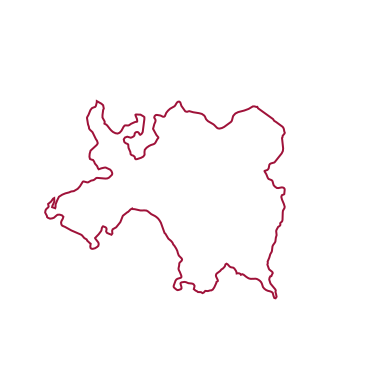 SVG path tracing the border of Southern Nations, Nationalities and Peoples, rotated 217°
{"feature_id": "ETH-3129", "entity_name": "Southern Nations, Nationalities and Peoples", "entity_type": "Administrative State", "adm_level": 1, "iso_a3": "ETH", "parent_name": "Ethiopia", "parent_adm1": "", "projection": "mercator", "projection_center": [36.895, 6.444], "detail": "fine", "context": "isolated", "style": "outline", "palette": "rose", "viewbox_px": 384, "rotation_deg": 217, "n_neighbors": 0, "source": "natural_earth", "source_scale": "10m", "svg_char_len": 6064}
<svg xmlns="http://www.w3.org/2000/svg" viewBox="0 0 384 384"><g transform="rotate(217 192 192)"><path d="M120.8,250.5L119.8,250.1L119.1,249.2L117.1,245.9L117.2,245.3L118.3,243.5L117.7,241.8L115.7,240.2L111.4,237.7L109.1,236.0L108.5,234.9L108.1,231.8L107.3,230.4L103.0,224.3L102.5,223.2L102.4,222.5L102.8,220.5L102.6,219.9L101.7,219.0L101.5,218.4L101.7,217.2L102.2,216.0L101.7,212.6L101.3,211.5L98.5,208.5L97.5,205.9L95.6,202.6L95.4,201.6L95.3,198.4L95.0,197.0L92.9,193.4L92.4,192.3L92.0,189.3L90.8,186.2L89.7,181.9L88.7,180.9L88.1,179.4L84.5,177.0L83.6,176.6L80.2,176.5L79.3,176.3L78.7,175.8L78.3,173.6L78.0,172.8L78.0,172.5L78.7,171.9L78.6,170.9L78.4,170.0L77.6,168.5L74.2,166.1L66.7,164.3L65.8,163.7L65.2,162.4L63.1,160.8L62.2,159.8L61.8,159.7L61.4,159.2L61.3,157.4L62.4,156.9L64.0,157.8L66.8,160.0L68.1,160.1L69.5,159.8L72.1,158.7L74.0,158.3L76.1,158.3L78.1,158.8L81.1,160.9L82.6,161.6L84.2,161.9L86.0,161.9L87.7,161.6L88.9,161.1L92.8,158.0L94.3,157.3L95.9,157.0L97.8,156.9L101.0,157.0L102.4,156.6L103.1,155.3L104.1,155.7L105.4,155.4L106.5,154.7L107.3,153.8L108.2,154.7L109.5,155.5L112.2,156.4L113.5,156.4L115.7,155.3L117.0,155.1L120.1,155.7L121.3,155.5L121.7,154.3L121.1,152.8L121.0,151.7L121.3,149.3L121.9,147.9L122.0,145.8L123.1,142.1L123.2,141.0L122.8,139.9L121.9,139.0L118.3,137.1L117.8,136.4L118.3,134.8L117.8,133.8L116.8,129.1L116.7,126.5L117.4,125.0L118.3,124.3L119.7,122.4L121.9,121.0L122.1,118.8L122.7,117.6L124.6,117.4L127.0,115.7L128.7,115.7L129.8,115.4L132.1,115.5L133.0,117.7L133.5,118.6L134.9,119.2L136.1,119.2L137.2,118.7L140.0,117.0L142.7,116.3L144.0,115.6L146.0,113.5L146.3,112.6L146.0,111.8L143.3,109.8L142.4,108.7L142.4,107.7L143.6,105.9L144.4,105.0L145.5,104.7L148.0,104.8L149.2,105.0L149.9,105.6L150.3,106.4L151.8,111.4L151.8,112.7L151.4,113.9L149.3,116.8L149.3,117.8L150.3,118.8L153.6,120.8L155.3,121.6L156.1,122.1L156.8,122.9L158.0,125.5L159.2,127.4L159.3,128.2L158.9,131.1L159.3,132.1L160.2,132.7L164.3,133.3L166.4,134.6L168.3,136.1L170.6,137.3L173.8,138.5L175.4,138.8L177.1,139.8L179.1,140.3L182.8,140.5L188.2,142.7L189.2,142.7L198.3,148.7L200.6,149.7L203.0,150.4L205.4,150.6L207.3,150.5L211.2,149.8L215.4,150.0L217.1,149.8L218.6,148.9L222.1,146.2L227.4,143.8L229.1,142.7L229.8,142.9L230.6,141.0L230.9,138.6L231.1,137.5L231.4,137.1L232.9,131.5L232.8,130.9L231.6,126.7L231.1,124.7L231.3,118.2L232.9,114.5L232.5,113.0L230.6,110.9L230.6,109.4L233.8,108.5L235.5,108.2L236.9,108.9L237.9,111.0L238.7,111.6L239.8,111.8L242.4,111.1L242.5,109.7L242.2,108.7L241.3,107.0L241.1,106.0L241.1,102.2L241.7,96.9L241.2,96.6L236.4,95.3L235.2,94.3L234.4,92.6L234.7,91.0L235.6,88.7L237.1,86.8L238.2,86.2L239.4,86.3L240.4,87.2L241.8,89.7L243.0,89.7L246.5,90.1L247.5,90.7L250.3,90.4L253.8,91.2L255.2,91.1L265.2,88.7L272.4,87.7L275.3,87.0L276.4,87.3L277.3,87.9L278.3,89.0L278.8,90.5L279.1,92.8L279.8,94.8L281.8,95.1L284.0,94.3L285.6,93.0L286.0,92.1L286.8,88.3L287.8,86.8L289.3,85.3L291.5,84.7L292.7,84.8L293.5,85.6L296.9,87.2L297.5,88.3L298.0,89.4L298.1,90.7L297.6,93.3L297.8,94.2L299.7,95.8L298.8,99.4L298.9,103.1L298.4,104.2L296.5,101.9L296.1,101.1L295.1,96.7L294.6,95.7L291.5,96.7L291.9,97.8L293.5,100.1L294.6,104.1L295.4,108.1L294.0,111.8L292.3,114.7L290.0,117.6L288.8,119.7L286.9,121.6L285.2,125.7L284.9,129.1L285.4,134.5L284.9,135.2L281.5,136.6L280.8,137.2L279.4,140.4L277.9,142.1L277.4,143.2L276.9,145.4L276.4,146.1L269.1,150.7L267.7,152.0L266.9,153.6L266.3,157.5L266.6,158.5L267.5,159.4L268.9,160.2L270.8,160.6L275.6,159.6L276.5,158.9L278.6,156.4L280.2,154.0L281.5,154.4L283.2,155.5L286.7,156.3L288.5,157.4L290.3,158.0L292.0,157.3L293.4,157.0L295.1,158.4L296.7,160.9L297.9,164.0L296.4,172.1L296.5,173.9L296.9,174.5L298.8,175.8L300.6,176.4L307.5,179.9L310.9,180.3L312.3,180.7L313.7,182.1L315.7,183.4L320.5,188.0L320.8,189.0L321.1,191.4L322.4,196.2L322.4,198.6L321.8,199.8L320.5,201.8L320.6,203.0L322.0,206.3L322.7,207.3L317.5,208.0L315.2,207.8L312.7,205.6L312.3,204.0L309.8,199.6L308.3,197.6L304.3,195.8L303.8,195.3L303.1,193.9L301.2,194.2L299.8,194.1L295.4,192.9L293.3,192.5L291.1,192.4L288.5,192.9L286.6,193.9L285.5,195.7L285.2,198.4L285.9,202.9L285.8,204.5L285.2,205.2L283.0,206.7L282.4,207.6L281.7,209.8L279.9,213.1L279.3,214.0L278.4,214.8L278.2,215.2L278.5,215.8L279.9,217.2L283.0,219.0L283.6,219.6L283.4,220.2L279.6,222.8L276.2,223.2L275.1,223.1L274.0,221.7L267.5,210.3L267.3,209.2L267.3,207.7L267.8,206.5L268.6,206.5L269.7,207.1L270.9,207.3L272.0,206.9L272.9,205.7L273.0,204.4L272.0,202.4L272.1,201.2L273.0,199.3L273.6,198.5L277.0,197.2L278.3,195.2L278.2,193.0L276.3,191.3L275.4,191.1L274.3,191.1L272.2,191.6L271.5,191.5L269.2,189.0L265.4,186.9L263.8,185.3L262.6,185.1L260.7,185.7L259.0,185.6L257.5,184.4L256.5,184.4L255.6,185.3L253.2,188.8L252.2,191.0L252.3,193.2L254.0,195.3L255.1,197.3L254.9,200.1L254.0,202.9L253.0,204.9L251.5,207.0L251.0,208.1L250.9,209.4L251.5,213.3L251.4,214.7L251.8,215.4L254.7,216.1L261.1,219.0L262.9,223.4L263.5,225.9L264.0,227.0L264.9,227.9L266.2,228.3L267.1,228.9L267.5,230.2L267.3,231.5L266.5,232.4L263.2,234.1L260.6,234.6L259.7,235.2L259.3,236.2L260.2,239.8L260.1,242.6L259.6,245.3L257.6,249.9L257.5,251.0L257.8,253.5L257.8,254.7L257.4,255.8L256.6,256.5L255.3,256.5L252.3,254.4L246.0,252.4L244.9,252.7L244.0,253.3L243.4,254.3L242.7,255.0L239.1,256.4L233.8,259.2L231.1,260.3L228.3,260.4L227.0,260.0L224.8,258.7L223.5,258.4L221.8,258.2L216.0,258.9L214.7,258.9L210.7,258.3L209.4,258.5L208.2,259.2L206.6,261.1L205.5,263.3L203.1,271.2L203.0,272.4L203.4,273.8L204.5,276.4L204.9,277.8L204.6,280.8L203.2,283.6L199.3,288.5L196.8,292.4L194.9,297.0L193.6,298.0L191.7,298.7L191.1,299.3L189.6,298.6L171.5,299.0L170.8,298.9L169.3,298.3L166.9,298.5L159.0,298.6L157.8,298.3L156.6,297.6L154.6,295.8L153.6,295.2L153.3,294.4L153.4,291.4L152.7,290.2L152.6,289.3L145.4,281.6L144.1,279.4L143.6,276.8L143.9,265.7L144.1,265.0L146.1,262.4L146.6,261.4L146.6,260.3L145.0,257.0L144.9,255.9L145.2,254.7L146.7,252.6L146.4,252.1L143.5,251.0L140.0,248.9L138.7,248.5L135.5,249.4L134.2,249.1L131.9,247.3L130.7,246.5L128.7,246.2L126.6,246.3L125.4,247.1L123.3,249.5L122.1,250.3L120.8,250.5Z" fill="none" stroke="#9f1239" stroke-width="2"/></g></svg>